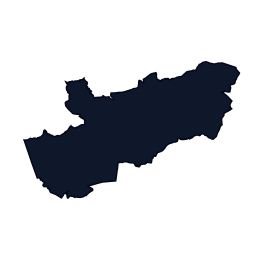 Livezi, Bacau, Romania (Equal Earth projection), rotated 10°
{"feature_id": "2599482B64810477676491", "entity_name": "Livezi", "entity_type": "district", "adm_level": 2, "iso_a3": "ROU", "parent_name": "Romania", "parent_adm1": "Bacau", "projection": "equal_earth", "projection_center": [26.736, 46.405], "detail": "fine", "context": "isolated", "style": "filled", "palette": "ink", "viewbox_px": 256, "rotation_deg": 10, "n_neighbors": 0, "source": "geoboundaries", "source_scale": "gbopen_adm2", "svg_char_len": 5686}
<svg xmlns="http://www.w3.org/2000/svg" viewBox="0 0 256 256"><g transform="rotate(10 128 128)"><path d="M225.6,83.4L220.2,79.4L215.7,77.0L214.5,76.7L216.2,75.5L217.3,75.1L221.1,75.1L222.0,74.7L222.1,70.5L220.7,67.9L223.0,67.1L225.0,65.9L225.4,64.9L225.5,62.4L225.8,62.0L226.2,60.9L226.3,59.4L227.6,56.5L228.1,55.2L228.2,54.5L225.1,52.0L224.4,51.3L224.0,50.5L223.8,49.8L223.2,49.6L209.5,47.6L206.8,48.3L206.2,48.3L201.5,50.2L200.7,50.0L197.9,50.0L193.5,49.2L190.5,50.3L188.1,52.6L187.2,53.0L186.6,54.6L185.6,56.3L185.4,57.4L184.5,59.7L182.4,59.7L182.0,59.9L181.4,60.8L181.0,60.9L180.5,60.7L179.5,61.5L178.8,61.3L177.8,61.9L176.5,62.2L173.2,66.1L172.8,67.0L171.1,68.4L169.5,68.5L168.0,69.5L167.3,69.6L166.3,70.6L164.1,71.4L162.4,71.9L161.0,73.2L159.4,73.1L159.5,72.7L158.8,72.3L157.2,73.0L157.3,72.7L156.6,72.7L153.3,74.4L153.5,74.8L151.9,75.6L152.2,76.2L151.4,76.2L151.3,75.9L147.9,74.7L146.7,71.5L146.8,70.2L145.9,68.7L142.1,70.3L140.6,71.4L140.3,71.6L140.7,71.9L138.7,73.4L136.8,75.7L136.9,76.2L135.9,76.3L134.7,77.4L135.5,79.5L135.4,80.1L134.9,80.7L134.2,80.7L133.8,80.4L133.5,79.8L133.1,79.6L131.1,79.2L130.7,79.3L130.5,79.9L131.0,84.8L130.8,85.7L131.0,86.4L128.4,87.8L126.7,88.3L126.9,88.5L118.4,92.9L116.0,93.9L113.2,94.5L108.6,95.9L105.3,96.5L105.3,98.5L105.6,99.3L106.2,100.2L108.1,100.9L108.5,101.8L108.6,102.8L104.9,102.0L103.9,100.6L101.2,101.4L100.2,101.4L100.0,101.5L99.5,101.6L98.3,100.6L97.8,100.6L96.8,102.2L88.9,104.1L88.1,102.1L87.1,101.4L86.7,101.4L86.7,101.2L85.2,99.5L84.7,99.8L84.3,99.7L84.1,99.5L84.4,98.9L84.8,98.9L85.5,98.2L84.7,97.7L84.3,98.0L83.8,97.8L83.3,96.4L82.9,95.9L82.0,95.7L81.3,96.3L80.9,94.3L79.4,93.9L79.4,93.4L80.1,92.4L80.2,91.5L79.7,91.1L79.6,90.6L79.9,90.2L79.4,89.7L78.5,89.5L76.3,87.6L76.0,86.6L74.6,88.3L72.0,89.2L72.0,90.3L71.5,90.1L69.7,90.4L68.9,90.9L67.7,90.9L67.3,91.3L66.7,91.5L66.3,91.8L66.1,92.2L65.6,92.4L65.4,92.4L65.3,91.7L64.9,91.5L64.2,92.1L62.0,92.8L61.3,93.8L61.0,93.9L58.8,93.4L60.1,95.1L60.8,95.2L60.8,95.4L61.6,95.9L61.3,96.5L60.7,97.0L60.2,98.3L60.5,99.1L60.7,100.4L61.1,101.3L61.9,102.1L62.6,102.5L62.8,102.7L62.5,103.2L62.8,103.7L65.1,104.9L64.4,106.2L64.4,106.8L64.8,107.9L65.0,109.3L65.6,109.8L64.5,111.6L62.6,112.8L61.9,114.0L62.3,115.4L63.0,117.1L65.8,119.6L71.2,123.3L72.9,123.4L78.6,123.0L78.9,123.4L78.6,123.7L78.7,124.2L78.1,124.6L78.0,124.8L78.2,125.1L79.1,125.1L79.1,125.4L79.4,125.5L80.0,125.3L80.3,126.2L82.2,126.3L82.3,126.8L83.6,126.9L83.7,127.7L84.1,128.2L84.4,130.7L85.0,132.0L84.9,132.2L83.6,132.6L81.8,132.8L78.4,135.6L75.3,137.4L73.4,136.8L71.8,136.1L71.5,135.8L71.2,136.6L70.8,136.7L70.5,137.3L68.9,141.2L68.1,141.6L66.7,143.0L66.0,144.3L63.3,146.7L61.9,147.8L60.9,147.6L59.8,147.7L58.0,148.9L56.0,149.4L55.4,148.8L54.7,148.5L53.4,148.5L51.9,147.9L49.3,147.4L48.7,147.1L48.6,146.2L48.1,145.6L47.8,145.4L47.6,145.5L47.0,144.7L46.0,144.6L45.6,145.9L45.7,148.8L44.0,151.5L43.5,152.1L42.5,152.4L42.5,152.9L42.1,152.7L41.5,153.4L40.7,153.3L40.5,154.0L40.0,154.3L38.1,154.1L36.7,154.5L36.5,155.0L36.2,155.1L35.3,155.1L34.8,155.4L34.3,155.3L34.0,155.1L33.6,155.1L32.6,156.0L32.6,156.3L32.0,156.5L31.7,157.3L30.7,157.2L30.2,157.7L29.2,157.6L28.6,157.9L27.8,157.9L40.0,180.1L47.4,193.0L48.5,192.3L49.4,192.7L49.8,192.2L50.9,192.5L50.6,193.8L50.8,194.3L52.9,194.7L53.0,195.2L55.3,196.3L55.0,196.6L55.3,197.5L54.4,198.0L54.5,198.4L54.2,199.0L54.8,199.9L55.4,200.3L56.4,200.0L57.7,200.1L59.1,199.7L59.6,200.4L59.5,200.8L60.0,200.8L59.8,201.5L60.6,201.7L61.0,202.2L61.7,202.2L61.7,203.2L62.9,204.8L68.9,206.1L74.5,208.4L74.8,208.1L75.4,206.4L76.0,205.6L76.1,204.5L76.8,203.5L77.8,203.0L78.5,202.1L78.9,201.3L79.8,200.6L80.1,201.4L79.7,202.7L79.7,203.1L79.3,203.1L79.3,203.3L78.8,203.7L78.8,203.9L79.4,204.3L80.1,206.5L80.6,207.4L81.0,207.4L81.5,206.9L81.8,206.3L81.8,205.6L82.2,205.6L82.4,204.9L82.8,204.5L83.3,204.9L86.4,205.0L86.7,205.3L87.4,205.5L87.4,205.1L92.8,204.7L93.9,204.3L95.7,203.5L98.4,201.4L98.8,201.5L98.8,200.8L100.1,199.5L100.7,198.5L104.0,195.6L103.9,194.7L103.5,194.1L103.0,193.8L100.0,193.0L98.6,192.2L109.2,187.0L112.6,185.5L125.1,182.2L124.6,171.1L124.7,170.5L124.3,165.7L124.2,163.8L127.7,162.9L128.6,162.9L128.9,162.8L129.3,162.2L130.6,161.8L133.1,161.4L134.2,161.8L136.8,161.8L139.4,161.4L140.6,162.1L141.9,163.9L142.8,164.2L142.9,163.8L143.2,163.8L143.4,163.4L143.6,163.5L143.7,163.9L144.5,164.3L145.2,164.3L145.5,163.9L145.8,164.1L146.5,162.9L146.2,161.8L147.5,161.6L149.5,160.7L150.4,160.7L151.5,160.2L151.7,159.5L152.0,159.5L152.3,158.7L152.2,158.0L153.7,158.5L157.0,158.2L157.0,154.0L156.8,153.2L157.8,153.2L157.7,151.8L158.1,151.4L158.2,150.6L158.9,151.2L159.8,150.9L160.1,150.9L160.2,150.7L160.7,148.4L161.1,147.9L161.4,146.9L162.9,146.3L164.5,145.3L165.7,143.9L165.9,144.2L167.3,142.1L169.0,138.5L170.2,137.2L170.1,136.8L170.5,136.5L171.0,136.6L172.0,135.8L174.3,134.8L175.0,134.2L176.9,133.4L177.4,133.5L177.5,133.2L178.8,132.5L179.1,130.6L178.7,129.7L179.4,129.1L180.0,129.0L181.5,130.0L184.0,129.9L188.1,128.6L189.4,127.3L190.2,128.0L190.6,127.3L190.8,127.2L191.2,127.5L192.9,126.3L192.2,125.9L193.8,125.0L194.8,124.0L195.8,123.7L197.1,122.8L198.7,122.9L199.5,123.1L200.3,122.7L200.8,121.6L202.5,120.6L204.2,121.1L205.0,121.7L207.4,122.1L208.5,123.1L210.0,123.7L210.5,123.5L212.5,124.3L212.9,124.1L213.6,124.3L213.9,124.1L214.1,123.5L214.5,123.3L215.0,122.6L215.4,122.4L215.7,121.7L216.4,121.0L217.0,117.2L218.1,114.0L218.5,111.1L219.3,109.2L220.1,108.4L219.7,107.8L219.3,105.7L218.8,104.1L218.6,102.7L218.9,101.2L219.7,100.2L220.2,99.0L220.2,98.4L219.9,97.6L219.9,97.1L221.9,95.2L223.7,94.0L224.2,93.5L224.5,92.9L225.2,92.8L225.0,91.8L226.7,91.3L226.7,90.9L226.1,90.7L225.1,89.6L224.2,87.6L224.9,84.9L225.6,83.4Z" fill="#0f172a" stroke="#020617" stroke-width="1.5"/></g></svg>